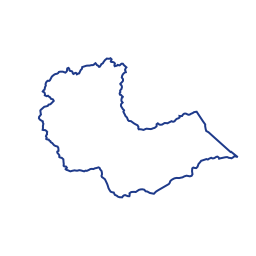 the district of Kuala Kangsar, Perak, Malaysia, rotated 236°
{"feature_id": "92858781B74262532069256", "entity_name": "Kuala Kangsar", "entity_type": "district", "adm_level": 2, "iso_a3": "MYS", "parent_name": "Malaysia", "parent_adm1": "Perak", "projection": "robinson", "projection_center": [101.145, 4.799], "detail": "fine", "context": "isolated", "style": "outline", "palette": "blue", "viewbox_px": 256, "rotation_deg": 236, "n_neighbors": 0, "source": "geoboundaries", "source_scale": "gbopen_adm2", "svg_char_len": 5357}
<svg xmlns="http://www.w3.org/2000/svg" viewBox="0 0 256 256"><g transform="rotate(236 128 128)"><path d="M75.2,82.4L73.8,84.4L74.3,85.6L74.4,87.0L74.0,88.1L72.8,88.9L71.4,89.9L70.7,91.0L71.6,92.0L73.0,92.7L73.1,94.8L72.6,95.8L71.6,97.4L70.6,98.6L70.6,99.5L70.6,100.7L70.6,102.5L70.0,104.2L69.1,105.7L67.7,107.0L65.7,107.2L64.5,108.5L61.9,109.8L59.0,112.7L59.6,115.5L59.6,116.9L59.5,118.9L59.3,121.7L58.7,130.5L59.3,132.1L60.2,133.1L60.6,135.0L60.5,136.6L60.3,138.3L59.5,140.3L57.9,142.4L57.2,144.2L56.6,145.6L56.4,147.7L55.7,149.9L54.7,150.9L53.3,152.3L52.8,154.0L53.6,155.6L55.5,156.5L56.5,157.0L57.7,158.0L58.6,158.7L58.7,160.0L57.4,161.1L56.6,162.2L57.0,164.0L58.7,166.3L59.4,168.9L59.9,170.3L59.5,171.6L58.8,174.1L58.4,175.6L57.2,176.6L57.2,178.0L56.8,180.3L55.6,181.0L54.9,182.2L54.7,183.7L54.7,185.1L54.2,186.2L52.7,186.7L51.6,186.4L51.3,187.5L50.7,188.9L50.1,190.4L49.5,191.9L48.9,193.2L48.3,194.1L46.9,194.9L46.1,195.9L45.0,196.9L44.9,198.9L45.1,200.2L44.3,201.3L42.5,202.7L50.6,200.2L50.7,199.6L70.5,194.6L79.4,192.4L81.8,191.2L83.7,191.8L84.8,192.3L86.4,193.0L87.8,194.0L91.9,193.9L103.1,194.0L103.6,193.0L103.8,192.5L104.2,191.6L104.2,190.0L104.6,187.9L104.6,186.6L105.2,185.5L106.2,184.8L107.2,184.3L108.1,183.4L108.5,182.2L108.3,180.8L107.7,179.5L108.4,178.4L108.7,177.9L109.2,177.4L107.9,176.7L107.8,175.4L108.3,173.7L108.2,172.2L107.8,171.2L107.6,170.2L107.8,169.2L108.4,168.4L109.3,167.9L109.7,164.7L109.8,163.4L110.9,162.2L111.7,161.0L111.7,159.8L111.8,158.1L112.5,156.8L113.3,155.9L114.4,155.6L115.2,155.3L115.1,153.8L114.3,153.3L113.4,152.6L113.3,151.3L113.2,150.1L113.7,148.8L113.9,147.7L114.3,146.4L115.2,145.2L116.2,144.0L117.0,143.1L117.4,141.9L117.5,140.9L117.8,139.7L119.2,138.5L119.7,137.9L120.4,137.1L120.9,136.2L121.9,136.3L123.2,137.3L125.0,137.4L126.0,136.8L127.1,136.2L128.1,135.7L129.4,135.2L130.3,134.9L131.1,134.6L132.0,134.3L133.3,132.7L134.6,132.4L137.1,133.0L138.0,132.9L139.3,132.6L140.9,132.9L143.0,133.1L144.1,133.3L144.8,134.6L145.6,134.6L146.5,134.3L148.2,134.4L149.8,134.4L151.0,135.0L151.8,136.0L152.1,137.8L153.6,137.7L154.1,137.7L154.8,138.1L155.4,138.6L155.9,139.1L156.5,139.8L156.4,140.6L156.9,141.2L158.0,140.8L158.6,140.8L159.4,140.7L160.0,140.0L161.1,140.2L161.8,141.0L162.1,141.8L162.8,142.0L163.4,142.4L163.9,143.6L164.0,144.4L164.8,145.3L165.2,145.8L166.2,146.3L167.4,146.4L168.3,146.1L169.0,146.4L169.2,147.6L169.5,149.1L169.9,150.2L170.7,150.8L171.6,151.2L172.6,151.1L173.4,151.1L173.8,151.6L174.3,152.0L174.8,152.7L175.4,153.9L175.7,155.2L175.8,156.8L175.5,157.4L176.6,157.8L177.5,157.9L178.0,158.2L178.9,159.6L179.2,160.6L182.7,159.7L184.1,159.7L184.8,158.9L184.9,157.7L184.7,157.0L184.6,156.1L185.0,155.6L185.5,155.2L186.1,154.7L186.0,154.2L185.9,153.5L186.3,152.7L186.6,151.6L187.2,151.6L187.6,151.8L188.0,152.2L188.8,153.2L189.6,153.2L190.0,153.1L190.5,152.8L191.0,152.5L191.7,151.6L192.2,151.0L192.9,151.0L193.6,152.1L194.1,152.8L194.9,152.6L195.6,152.5L195.8,151.4L196.6,150.2L197.4,149.3L197.3,148.8L197.3,148.2L197.1,146.6L196.8,145.9L196.2,144.2L195.8,143.6L195.7,142.8L195.9,141.7L195.5,141.0L195.2,140.3L194.9,139.6L194.6,138.7L195.0,138.1L196.1,138.1L196.8,137.9L197.5,137.4L198.2,137.4L199.2,137.4L199.9,137.3L199.9,136.2L199.6,135.3L199.7,134.4L199.9,133.8L200.5,133.0L200.9,132.0L201.3,130.9L202.1,129.8L202.9,128.3L204.1,124.1L203.5,123.6L202.7,122.6L202.5,121.3L202.1,120.5L200.6,118.1L201.0,117.4L200.9,116.4L201.1,115.6L202.4,115.8L202.9,115.6L203.2,114.9L203.2,113.8L203.3,113.0L204.1,112.8L204.8,113.1L206.1,113.3L206.9,112.8L207.7,111.9L208.8,111.8L209.6,112.3L211.1,112.3L211.4,111.2L210.9,110.4L210.0,109.9L209.3,109.0L209.1,108.4L208.9,107.1L209.9,106.3L210.2,106.2L211.2,105.4L212.2,103.9L212.7,103.1L213.1,102.0L212.6,100.8L212.7,99.4L213.3,98.1L213.5,96.9L213.4,95.2L213.2,93.6L212.5,92.3L211.8,91.0L211.2,89.9L211.2,88.8L212.0,88.1L212.0,86.8L211.6,85.7L211.3,85.2L210.4,84.1L209.3,83.7L208.8,83.0L208.2,81.9L207.7,81.5L206.5,80.3L206.5,79.1L205.9,77.7L205.6,77.8L204.8,78.4L203.7,78.5L202.0,77.8L201.6,77.3L199.8,78.4L199.5,79.7L198.2,80.0L196.9,80.6L195.4,80.4L194.6,81.1L193.6,81.8L192.0,81.6L191.6,79.8L191.4,78.6L191.1,77.0L191.4,76.1L191.8,75.2L191.2,73.9L191.5,72.8L192.4,70.5L192.2,68.8L192.0,67.4L191.9,66.4L191.6,65.2L190.6,64.6L189.9,64.3L189.0,63.8L187.9,63.4L187.4,62.1L187.0,60.6L185.9,59.6L184.5,59.6L183.3,60.0L181.1,61.1L180.4,60.5L178.8,60.2L177.3,58.6L175.4,57.4L174.2,56.2L173.6,56.7L172.6,58.1L171.2,58.7L169.9,58.8L169.4,58.1L168.0,57.3L167.7,56.2L167.0,55.3L165.5,55.2L164.7,54.1L163.8,54.5L162.7,55.8L161.6,55.7L160.5,56.3L159.5,56.0L157.8,56.8L156.5,56.9L155.0,57.1L153.7,57.8L152.0,59.2L150.5,59.1L149.2,58.4L147.9,57.6L148.0,56.2L147.1,55.6L145.0,55.8L143.7,55.8L142.4,54.8L141.5,55.2L140.3,56.4L138.2,56.9L135.8,55.5L134.2,54.7L132.7,53.5L131.8,53.7L130.6,55.1L129.2,55.1L128.8,53.3L127.8,53.5L126.6,54.5L125.3,55.3L124.3,56.0L123.7,57.8L122.8,60.0L121.7,61.1L120.9,62.2L120.3,64.0L119.1,65.3L118.0,66.2L116.6,67.4L116.4,68.9L115.5,69.9L115.1,72.1L115.0,73.8L114.4,75.1L113.3,76.4L113.1,77.9L112.5,79.4L111.8,81.6L110.7,82.1L109.3,81.8L108.0,81.9L107.0,82.0L105.2,81.2L104.1,80.5L103.1,79.2L101.8,79.0L100.3,79.6L98.4,80.2L96.9,80.0L94.9,79.7L93.1,79.4L91.2,78.9L89.0,78.2L86.9,78.0L84.9,78.0L83.3,79.2L82.5,80.1L80.0,79.7L78.7,80.5L77.8,81.0L77.3,81.0L76.3,81.5L75.9,81.9L75.2,82.4Z" fill="none" stroke="#1e3a8a" stroke-width="2"/></g></svg>